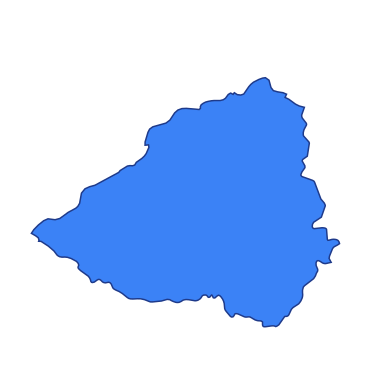 an SVG outline of Plzeňský, rotated 98°
{"feature_id": "CZE-10369", "entity_name": "Plzeňský", "entity_type": "Region", "adm_level": 1, "iso_a3": "CZE", "parent_name": "Czechia", "parent_adm1": "", "projection": "mercator", "projection_center": [13.338, 49.523], "detail": "fine", "context": "isolated", "style": "filled", "palette": "blue", "viewbox_px": 384, "rotation_deg": 98, "n_neighbors": 0, "source": "natural_earth", "source_scale": "10m", "svg_char_len": 3860}
<svg xmlns="http://www.w3.org/2000/svg" viewBox="0 0 384 384"><g transform="rotate(98 192 192)"><path d="M85.4,113.0L86.7,109.0L90.6,101.7L91.9,97.7L92.5,92.5L100.5,94.1L102.1,93.8L103.4,93.1L108.0,88.4L108.9,88.0L109.8,88.0L114.8,89.8L117.8,90.1L120.2,89.7L121.1,89.2L126.2,83.2L127.3,82.6L140.5,82.8L144.2,86.7L144.9,87.1L145.5,87.2L146.1,87.1L150.3,83.9L151.7,83.6L152.3,83.6L156.8,85.9L159.6,86.6L160.6,86.3L161.4,85.3L163.7,74.2L164.3,72.8L165.2,72.0L181.0,63.4L184.6,59.4L186.4,58.3L187.2,58.1L198.9,60.4L205.0,67.3L207.2,68.2L209.5,68.1L210.4,67.7L211.0,67.0L211.3,66.0L209.3,58.2L209.2,56.6L209.2,55.3L209.6,54.2L210.2,53.6L220.1,51.4L220.9,50.7L220.7,49.7L219.5,46.9L219.1,45.3L219.0,43.6L219.1,42.1L219.7,40.6L220.9,39.5L222.6,38.7L224.2,40.5L226.1,43.1L227.1,44.2L228.7,45.0L236.3,46.9L238.7,47.0L242.3,44.4L244.3,49.7L244.4,50.8L244.3,52.2L243.8,53.5L243.1,54.9L242.4,56.8L242.5,58.0L243.1,58.8L243.9,59.1L244.9,59.3L245.7,59.2L247.6,58.8L251.0,56.8L251.9,56.6L252.9,56.6L255.1,57.5L257.9,58.1L260.9,59.5L269.1,67.5L270.6,68.5L273.7,68.9L276.0,68.6L278.3,68.1L279.7,68.0L281.4,68.1L284.6,69.0L286.4,69.9L287.9,70.8L292.3,75.8L293.5,76.7L294.5,77.3L300.1,79.0L301.2,79.7L301.9,80.7L302.1,81.7L302.4,82.9L311.4,87.5L312.9,89.1L313.6,90.3L313.3,91.3L313.2,92.4L313.3,93.5L313.6,94.9L315.2,100.5L315.4,101.8L315.3,102.5L315.1,102.9L314.7,103.2L314.0,103.6L313.1,103.8L311.4,104.0L310.9,104.1L310.6,104.5L310.2,105.4L310.1,106.5L310.3,108.8L310.2,110.0L310.0,111.0L309.9,111.7L307.7,117.1L307.7,117.8L307.8,118.8L308.2,120.3L308.4,121.5L308.3,122.8L306.6,128.6L306.3,129.9L306.3,131.5L306.5,132.2L306.9,132.6L308.6,133.2L309.8,133.9L310.2,134.8L310.3,135.6L309.7,136.8L305.5,141.5L304.2,142.7L302.9,143.4L297.9,144.6L295.8,145.5L293.8,146.8L291.8,148.7L290.9,149.9L290.5,151.2L291.1,152.3L293.7,154.6L293.9,155.5L293.7,156.3L292.3,157.1L291.3,158.0L291.3,158.3L293.5,159.7L293.9,160.4L294.0,161.0L293.7,161.7L292.7,162.6L292.3,163.2L292.1,164.2L292.5,166.2L293.2,167.2L294.0,167.7L294.8,168.0L295.6,168.4L296.8,169.2L298.3,171.0L298.9,172.3L299.3,173.8L299.1,180.2L299.3,182.9L299.8,184.5L300.3,185.7L302.0,187.7L303.1,189.5L303.5,191.3L303.5,192.8L303.0,195.4L302.3,197.7L301.9,198.4L301.7,199.3L301.8,201.7L304.2,207.1L306.3,215.6L306.6,217.8L306.4,219.1L305.2,224.0L304.9,228.0L305.3,231.2L306.2,235.8L306.4,238.1L306.2,239.8L305.5,241.4L302.2,246.9L300.7,250.3L299.8,253.5L299.1,255.4L298.5,256.5L297.7,257.2L294.7,259.0L294.0,259.6L293.2,260.6L293.0,261.7L293.1,262.5L294.0,265.0L294.0,266.4L293.8,267.4L293.3,268.4L292.2,269.8L291.6,270.9L291.5,271.9L291.7,272.8L292.4,273.7L294.8,276.2L295.5,278.0L295.4,279.0L294.5,279.8L293.1,280.3L291.3,281.5L289.8,283.0L285.3,291.5L283.7,293.7L283.0,294.2L282.3,294.4L280.2,294.0L278.6,294.7L276.8,296.7L274.7,302.4L274.0,306.2L274.1,309.0L274.4,310.5L274.6,311.8L274.5,314.0L274.0,315.5L273.2,316.9L269.6,320.5L265.6,326.7L261.9,334.6L262.1,337.0L261.0,336.8L258.7,337.9L257.1,340.8L255.3,345.3L251.3,343.4L246.0,339.5L241.1,334.9L238.6,330.9L238.5,323.7L236.6,319.2L229.4,311.8L224.3,304.9L222.2,303.1L218.8,301.7L208.5,301.3L203.7,298.4L201.0,294.1L198.8,289.0L182.8,267.3L180.7,266.1L175.3,259.6L174.5,257.1L174.3,254.6L173.3,252.5L170.4,251.3L165.6,246.2L163.1,244.2L160.3,242.7L153.8,240.9L151.4,241.6L152.2,245.0L149.0,245.4L139.0,243.9L135.6,242.7L132.9,239.9L127.4,227.4L123.9,223.9L116.1,220.2L112.8,217.4L110.8,213.6L110.0,209.4L109.5,200.8L109.3,196.4L108.0,195.3L106.2,195.6L104.3,195.0L102.5,193.1L101.1,191.1L100.1,188.8L99.0,185.6L98.3,182.6L97.5,176.8L96.3,173.9L94.5,171.9L90.4,169.7L88.7,167.6L88.8,167.0L89.6,164.9L88.3,164.2L87.8,163.9L89.3,160.7L89.2,157.2L87.8,154.4L85.4,153.2L79.8,150.4L77.2,148.7L74.7,146.4L71.2,141.4L69.4,138.0L68.6,135.2L70.6,131.3L77.6,128.3L80.3,125.5L80.9,121.2L81.0,115.7L82.0,112.0L85.4,113.0Z" fill="#3b82f6" stroke="#1e3a8a" stroke-width="1.5"/></g></svg>